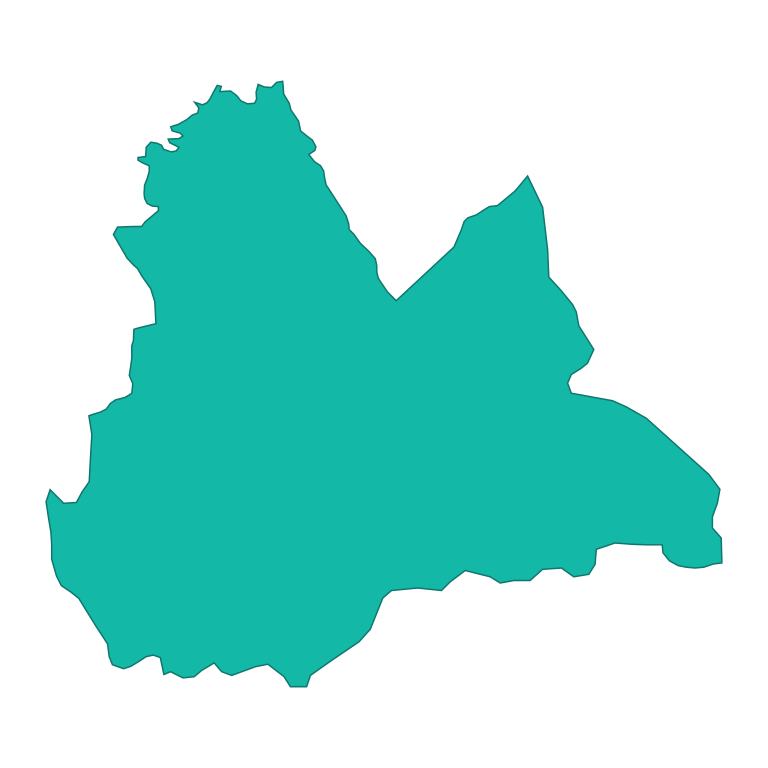 Pokok Sena, Kedah, Malaysia
{"feature_id": "92858781B89628207244995", "entity_name": "Pokok Sena", "entity_type": "district", "adm_level": 2, "iso_a3": "MYS", "parent_name": "Malaysia", "parent_adm1": "Kedah", "projection": "orthographic", "projection_center": [100.516, 6.166], "detail": "fine", "context": "isolated", "style": "filled", "palette": "teal", "viewbox_px": 768, "rotation_deg": 0, "n_neighbors": 0, "source": "geoboundaries", "source_scale": "gbopen_adm2", "svg_char_len": 2809}
<svg xmlns="http://www.w3.org/2000/svg" viewBox="0 0 768 768"><path d="M721.9,562.9L721.2,538.0L712.4,528.0L712.4,516.8L717.4,503.1L719.9,489.3L708.7,474.3L646.2,418.2L626.3,406.9L612.5,400.7L591.3,396.9L571.3,393.2L567.6,383.2L571.3,374.5L581.3,368.2L587.5,363.2L593.8,349.5L587.5,339.5L578.8,325.8L576.3,312.0L572.6,304.6L561.3,290.8L548.8,277.1L547.6,249.6L542.6,207.2L527.6,176.0L515.4,190.7L497.5,205.6L489.3,206.6L484.2,209.7L476.5,214.8L467.8,217.9L464.2,221.4L461.2,230.1L454.0,247.0L396.2,300.7L387.5,292.0L380.9,282.3L378.3,278.2L376.8,272.1L376.8,265.9L375.3,258.8L369.1,251.6L360.4,243.4L353.8,234.2L349.2,229.6L348.7,224.0L346.1,215.8L334.9,198.4L330.3,191.3L326.2,185.1L324.6,178.0L323.6,170.8L320.5,165.7L314.4,161.6L308.8,154.5L314.9,150.4L315.9,146.8L312.4,140.1L308.3,137.1L300.6,130.9L298.6,121.2L295.5,116.6L290.9,110.0L289.3,103.3L283.7,94.1L283.2,87.2L282.7,81.3L276.6,82.4L271.5,87.5L264.3,87.0L258.2,84.4L256.1,92.1L256.6,99.2L254.6,103.3L247.4,103.8L240.8,100.8L236.7,95.6L230.5,91.0L219.8,91.6L221.3,86.4L217.2,85.4L213.2,92.6L210.1,98.7L207.0,102.8L202.4,104.8L194.7,102.3L198.8,107.9L197.8,113.0L192.2,115.1L186.6,119.7L178.4,124.3L170.7,126.8L172.2,130.9L179.9,133.0L183.0,136.0L178.9,138.6L168.2,139.1L169.7,142.7L174.8,145.2L178.9,147.3L176.3,150.9L171.2,151.9L163.6,149.3L161.5,145.2L156.9,143.2L150.8,142.2L146.2,147.3L145.7,156.5L138.0,157.5L138.0,160.1L142.1,162.6L146.7,164.7L149.2,165.7L149.2,171.8L147.2,178.5L144.6,185.1L144.1,193.3L144.6,198.4L147.2,203.5L152.3,206.1L158.4,206.6L158.4,210.7L152.3,215.8L145.1,221.9L141.6,226.5L136.4,226.5L132.9,226.5L117.5,227.1L113.4,234.5L127.2,258.3L133.4,264.9L137.5,268.5L141.6,275.6L146.2,282.3L150.8,288.9L154.8,301.7L155.9,323.7L139.0,327.8L133.9,329.3L133.4,340.6L131.8,345.7L131.8,351.8L131.8,358.0L130.8,365.7L129.3,375.4L132.8,383.6L131.8,393.3L125.2,397.4L115.5,399.9L110.3,403.5L106.3,409.1L100.1,412.2L95.0,413.7L88.9,415.8L91.9,434.7L90.8,452.1L89.2,481.7L82.0,492.1L76.4,502.5L63.7,503.3L50.1,489.7L46.1,501.7L48.5,517.7L50.9,532.1L51.7,544.8L51.7,559.2L56.5,576.0L61.3,585.6L70.8,592.0L78.8,598.4L95.6,625.6L107.6,644.0L109.2,656.7L112.4,664.7L123.6,668.7L130.8,666.3L138.8,661.5L146.0,656.7L153.2,655.1L160.3,657.5L163.9,674.5L170.5,671.7L183.0,677.9L194.2,676.7L201.7,670.4L214.2,662.9L221.7,671.7L231.7,675.4L255.4,666.7L267.9,664.2L284.1,676.7L290.4,686.7L306.6,686.7L310.4,675.4L331.6,660.4L359.1,641.7L370.3,629.2L382.8,598.0L391.5,590.5L417.7,588.0L441.5,590.5L450.2,581.8L465.2,570.5L490.2,576.8L500.2,583.0L513.9,580.5L530.1,580.5L542.6,569.3L561.4,568.0L573.8,576.8L588.8,574.3L595.1,564.3L596.3,549.3L615.0,543.0L632.5,544.3L647.1,544.8L662.2,544.8L663.0,552.8L669.4,560.8L678.2,565.6L686.2,567.2L695.0,568.0L703.8,567.2L713.4,564.0L721.9,562.9Z" fill="#14b8a6" stroke="#0f766e" stroke-width="1.5"/></svg>